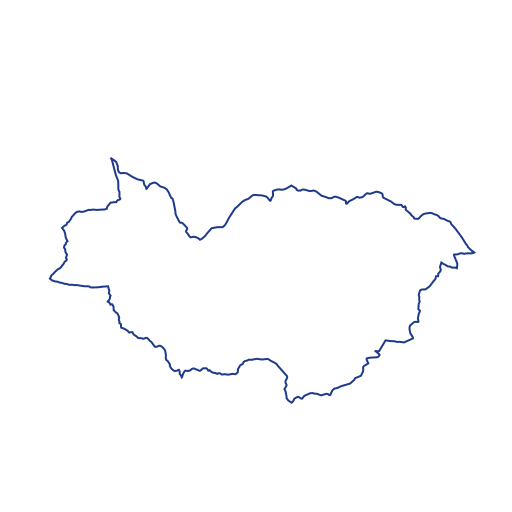 Dong Giang, Quàng Nam, Vietnam, rotated 216°
{"feature_id": "81297802B9107629386142", "entity_name": "Dong Giang", "entity_type": "district", "adm_level": 2, "iso_a3": "VNM", "parent_name": "Vietnam", "parent_adm1": "Quàng Nam", "projection": "orthographic", "projection_center": [107.776, 15.912], "detail": "fine", "context": "isolated", "style": "outline", "palette": "blue", "viewbox_px": 512, "rotation_deg": 216, "n_neighbors": 0, "source": "geoboundaries", "source_scale": "gbopen_adm2", "svg_char_len": 6103}
<svg xmlns="http://www.w3.org/2000/svg" viewBox="0 0 512 512"><g transform="rotate(216 256 256)"><path d="M431.4,249.9L429.5,249.4L417.2,239.3L411.8,235.8L411.1,235.1L406.6,229.1L405.3,228.1L404.2,227.7L401.3,223.6L399.6,222.7L399.3,222.3L399.5,221.5L400.8,219.7L400.7,217.5L400.9,217.2L402.6,216.1L403.3,215.2L405.0,213.7L405.3,209.1L405.3,208.3L404.5,206.5L405.7,204.8L412.0,199.6L415.0,197.9L416.8,196.0L418.4,195.1L421.7,190.3L423.4,188.9L425.2,188.2L426.9,186.3L427.4,184.7L428.0,179.1L427.6,177.6L427.4,174.0L428.3,171.9L427.7,170.0L427.9,169.1L428.7,168.1L429.5,164.7L426.1,163.7L423.4,161.8L420.6,158.9L417.2,157.2L417.4,156.7L417.4,154.9L416.8,153.7L417.2,152.1L416.3,149.9L414.5,149.4L412.7,147.4L411.6,146.7L410.1,146.3L409.6,145.8L408.6,142.7L407.1,142.1L406.7,141.0L407.4,139.0L407.0,135.7L407.3,134.5L407.1,133.4L407.3,131.4L407.5,130.6L407.9,130.2L408.3,129.3L409.0,126.7L409.6,122.1L410.1,120.1L409.6,117.7L409.5,116.6L406.7,116.4L403.5,117.4L401.1,118.7L399.2,119.1L397.8,119.9L394.3,121.1L392.8,122.1L390.4,122.8L387.3,125.0L385.7,125.7L384.3,126.9L377.0,130.7L373.4,133.2L371.5,133.4L370.6,133.8L365.2,138.0L362.2,140.9L357.8,144.6L356.0,142.9L354.5,142.0L353.1,139.3L350.3,138.4L350.2,137.3L349.4,136.2L349.0,134.3L349.0,133.3L349.3,132.4L349.2,131.9L347.1,132.1L345.1,131.1L344.5,132.1L343.8,132.4L341.4,131.2L339.3,128.5L336.3,128.0L334.5,128.1L333.2,127.5L331.1,126.3L330.9,125.7L330.2,125.4L329.6,123.8L327.7,122.6L327.2,121.4L325.3,121.5L323.0,118.8L320.3,119.6L317.5,120.0L315.6,120.0L313.6,119.5L311.6,121.6L310.9,121.6L309.0,120.6L305.1,120.7L303.1,120.4L301.2,121.7L298.2,123.0L297.0,125.0L296.0,125.7L293.9,125.5L291.9,124.9L290.3,125.0L284.3,123.1L283.0,124.2L281.6,126.5L280.6,127.1L278.7,127.3L276.0,126.9L274.0,126.1L270.5,122.8L269.3,120.7L267.6,119.2L265.6,119.1L262.3,117.9L261.8,117.6L261.3,116.6L259.5,115.6L258.4,115.2L255.8,114.9L254.1,115.2L252.5,116.8L251.5,118.6L250.1,117.9L248.4,115.8L246.6,115.3L244.7,114.2L244.7,114.8L245.3,116.2L246.0,119.6L246.0,121.2L245.8,121.6L243.3,123.2L242.4,124.1L241.9,125.1L241.5,127.0L240.6,128.2L239.6,128.7L234.1,130.0L233.6,130.6L233.0,133.8L230.4,135.9L229.3,136.0L227.2,135.2L226.8,135.5L226.5,136.3L223.8,136.0L221.7,136.6L219.3,137.7L218.1,137.8L217.6,139.0L216.3,139.9L214.0,140.0L211.3,142.4L209.9,142.9L208.7,143.7L205.6,147.0L203.2,148.2L202.7,149.3L202.5,151.4L204.1,153.9L204.5,158.1L204.3,159.0L203.3,160.5L203.7,163.0L203.1,164.7L201.6,166.3L200.9,167.9L198.6,169.4L194.9,173.3L190.4,175.7L186.5,179.2L185.1,179.9L183.1,179.8L178.3,180.6L175.7,180.7L173.8,180.0L160.5,177.1L159.9,176.7L159.1,175.6L158.8,172.6L158.1,171.4L157.3,170.6L155.8,169.9L155.2,169.2L154.7,165.0L152.8,164.0L151.6,163.0L149.1,160.7L147.7,159.0L145.7,158.3L144.5,158.1L140.9,158.3L140.6,160.9L141.1,163.1L139.6,166.4L138.7,167.0L135.8,167.2L135.0,167.5L134.8,167.8L134.8,170.6L134.3,172.0L131.6,176.7L129.7,178.4L128.1,178.8L126.5,179.9L124.9,180.7L123.4,180.9L121.2,181.7L118.4,185.6L117.0,186.5L114.9,186.6L114.3,187.0L115.2,192.5L114.5,195.0L112.5,197.2L110.7,200.6L104.9,208.1L103.7,213.7L104.0,215.4L100.7,220.8L101.5,225.1L102.3,227.0L103.6,228.4L104.0,229.2L104.0,230.4L102.0,235.1L105.6,237.2L106.2,238.0L105.8,238.9L103.4,241.3L98.9,244.9L98.2,245.6L97.8,246.7L97.8,248.5L98.2,248.9L103.4,249.3L103.3,249.6L101.1,250.6L100.5,251.4L101.6,263.9L97.9,265.8L93.7,268.5L91.5,269.3L89.5,270.9L85.4,273.1L80.6,281.6L81.6,282.6L85.8,284.2L88.7,286.9L90.1,289.0L90.5,290.4L89.3,295.2L88.8,296.1L86.2,297.8L86.0,298.4L88.3,300.6L90.0,304.2L91.1,308.0L93.5,308.5L96.2,312.9L96.8,315.3L98.3,316.5L99.8,318.9L101.2,319.9L101.6,320.4L103.0,324.5L102.9,325.0L102.1,326.4L99.3,328.6L97.7,333.4L97.6,339.9L97.3,342.5L98.4,345.5L96.8,346.7L98.2,349.0L97.9,351.6L98.1,352.8L98.6,353.7L100.7,355.2L102.2,359.7L99.6,359.7L98.2,360.1L94.5,360.4L92.6,361.6L90.8,361.7L88.2,363.6L86.3,364.2L88.4,367.9L90.2,369.2L96.0,372.7L96.6,373.6L93.8,375.9L92.2,378.4L91.0,379.3L89.0,380.0L86.8,382.2L83.6,384.5L82.1,386.0L81.4,387.1L83.2,387.3L83.7,387.0L84.9,387.1L89.8,387.8L91.3,388.7L92.8,389.0L100.6,392.1L111.0,395.4L116.8,396.6L118.5,397.7L119.0,397.8L120.2,397.6L121.4,397.1L125.6,396.5L128.7,395.1L129.6,395.0L132.2,395.6L133.8,395.4L135.9,394.7L138.7,394.1L140.7,393.1L144.7,389.0L145.3,388.0L146.1,385.0L146.3,382.5L146.7,381.3L149.7,379.4L150.6,379.5L151.3,380.1L154.3,380.3L155.8,381.0L161.9,381.4L162.4,381.7L163.1,383.1L163.6,383.4L164.7,383.7L165.1,382.6L165.7,382.1L166.1,382.0L168.4,382.8L172.4,380.0L174.6,379.3L178.9,379.4L187.4,378.0L188.3,378.5L189.9,380.3L190.7,380.5L191.3,380.6L194.3,379.8L196.4,378.8L200.3,373.3L203.0,372.1L203.7,370.0L204.0,367.8L204.6,366.0L206.6,364.0L208.5,363.5L209.3,362.6L210.6,359.3L212.8,355.1L213.2,352.0L213.6,351.4L214.4,351.7L215.1,353.0L216.2,353.3L224.0,351.7L227.0,350.5L227.7,349.7L228.9,347.1L231.4,345.4L234.7,344.6L238.2,343.3L244.4,343.6L246.3,343.4L248.0,342.8L249.7,340.8L250.7,340.1L255.3,338.4L257.0,337.5L257.8,336.5L258.6,334.9L260.3,333.7L262.0,333.4L263.0,334.2L263.7,334.2L268.8,333.8L270.8,329.1L272.1,326.8L273.6,325.1L276.8,323.2L277.7,322.4L278.8,321.2L280.4,318.7L280.2,317.9L278.6,316.1L277.5,314.4L277.5,312.0L276.7,309.4L276.9,309.0L277.7,309.0L281.1,310.0L283.1,310.0L286.6,308.6L293.2,304.5L294.4,303.1L295.9,297.5L297.6,295.2L299.0,291.7L300.2,284.6L300.9,282.3L300.3,271.2L299.4,264.9L299.3,263.0L299.6,260.6L300.3,259.4L303.9,256.9L308.2,252.4L308.9,245.2L308.9,242.4L310.0,237.8L310.9,236.2L313.2,236.5L316.0,235.8L317.8,234.9L319.7,232.8L320.5,232.6L322.8,233.2L323.5,233.7L326.1,234.2L327.0,234.7L327.3,235.3L327.5,237.4L328.4,238.2L332.0,239.0L335.1,239.4L335.8,239.2L336.8,238.4L337.9,238.5L344.2,241.7L346.1,243.0L347.4,244.7L355.0,251.7L357.0,253.2L357.7,253.4L358.7,253.2L359.4,253.5L364.3,256.3L367.4,257.5L370.5,257.3L374.3,256.0L378.8,256.4L380.9,256.0L382.2,254.8L384.0,251.8L384.0,246.0L384.2,245.9L386.1,247.4L387.9,247.8L388.8,248.4L391.0,250.5L391.7,250.6L395.8,248.8L397.0,248.4L402.3,247.4L409.1,246.9L411.8,245.4L414.0,243.5L415.6,243.2L417.4,243.9L418.4,244.6L420.8,247.6L424.5,250.0L431.4,249.9Z" fill="none" stroke="#1e3a8a" stroke-width="2"/></g></svg>